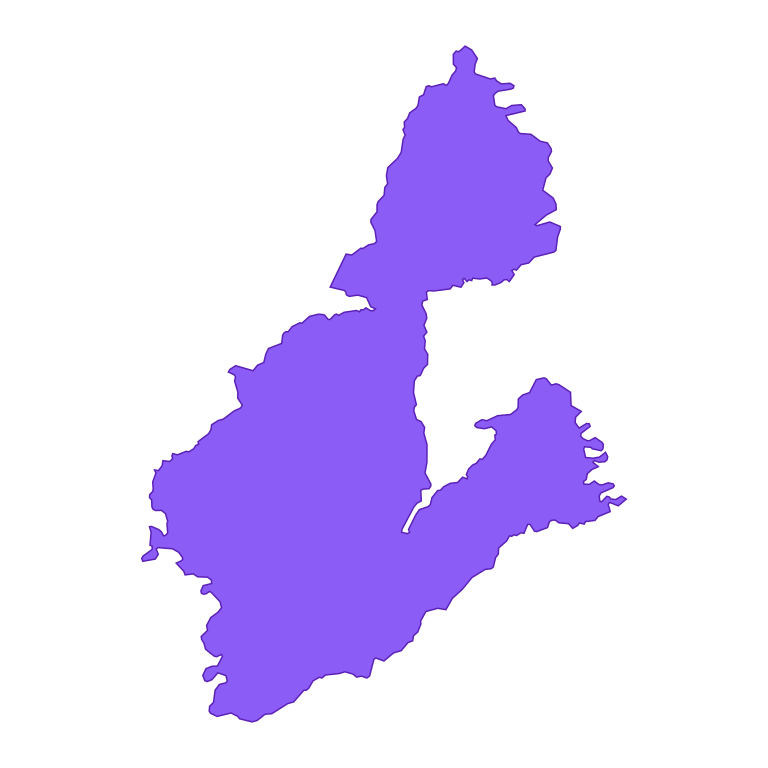 the district of Curvelo, Minas Gerais, Brazil
{"feature_id": "56859067B91333590661662", "entity_name": "Curvelo", "entity_type": "district", "adm_level": 2, "iso_a3": "BRA", "parent_name": "Brazil", "parent_adm1": "Minas Gerais", "projection": "albers", "projection_center": [-44.407, -18.753], "detail": "fine", "context": "isolated", "style": "filled", "palette": "violet", "viewbox_px": 768, "rotation_deg": 0, "n_neighbors": 0, "source": "geoboundaries", "source_scale": "gbopen_adm2", "svg_char_len": 6099}
<svg xmlns="http://www.w3.org/2000/svg" viewBox="0 0 768 768"><path d="M595.0,520.4L598.1,516.6L610.2,511.6L608.2,504.5L609.6,502.4L618.3,505.8L626.3,499.1L621.4,496.1L615.9,499.5L611.1,499.1L609.2,497.0L606.8,496.3L601.6,501.8L599.8,501.1L599.2,496.1L600.8,493.0L613.1,487.6L614.3,485.8L613.1,483.9L608.2,482.8L601.9,485.0L598.9,484.5L594.3,481.0L589.3,484.4L583.9,484.1L583.5,481.5L586.3,479.4L587.3,473.7L592.1,469.4L598.3,466.7L593.1,462.4L594.1,460.5L598.9,462.2L604.9,461.7L607.1,459.7L607.7,456.6L605.5,452.3L599.4,457.1L593.1,458.2L585.6,457.5L583.7,449.1L584.6,446.8L590.8,447.3L592.3,448.8L601.2,450.7L602.9,448.8L603.4,444.5L602.1,442.4L595.1,437.6L589.7,440.6L587.3,440.7L582.7,438.4L580.7,436.1L581.0,433.4L590.2,426.4L589.3,423.8L586.5,423.5L579.1,428.1L575.1,422.5L575.7,417.0L581.3,411.4L571.1,405.6L570.5,392.3L559.0,384.7L556.1,383.8L551.3,385.1L546.1,378.6L543.9,377.9L536.3,379.6L529.6,392.6L522.6,395.0L518.3,399.0L518.1,407.3L516.9,409.6L510.6,414.5L497.6,415.7L486.9,420.7L481.9,419.7L475.7,423.3L474.8,425.7L476.7,427.5L484.3,428.7L491.7,426.9L496.1,430.7L496.5,434.0L494.8,435.2L495.3,439.8L491.4,444.2L485.9,455.2L482.3,459.4L479.9,458.9L476.3,463.3L472.5,465.1L468.6,469.1L466.3,474.6L467.6,476.6L467.1,478.9L462.6,477.2L457.5,482.5L450.2,483.3L443.9,486.6L440.4,490.2L437.6,490.6L432.0,497.6L430.3,504.6L428.1,506.7L419.4,509.6L415.8,514.8L408.5,529.5L409.7,532.3L407.4,533.6L401.6,532.4L402.0,529.3L413.9,506.9L416.9,503.3L421.3,500.9L420.8,490.3L423.0,489.1L429.1,488.7L430.7,486.3L430.9,484.1L425.0,473.0L426.9,462.3L427.0,444.6L423.8,433.0L424.6,427.5L421.1,421.6L416.5,419.5L413.8,410.9L414.3,407.3L416.4,404.7L413.5,392.6L414.3,381.0L417.3,376.2L420.3,375.5L423.6,368.3L427.5,364.4L427.7,354.3L424.5,348.8L425.2,340.8L423.6,336.0L426.9,332.2L423.9,325.3L426.8,318.1L426.1,313.7L421.9,305.1L422.6,301.2L427.3,299.5L426.4,292.1L428.6,290.6L433.6,291.0L450.2,288.9L452.9,285.3L460.9,287.2L463.9,282.7L462.6,279.7L464.1,278.3L467.0,281.6L469.0,279.8L471.7,280.6L472.7,278.2L479.7,279.0L486.9,278.0L491.0,280.8L492.2,282.5L492.0,285.0L495.0,285.0L501.0,282.5L504.2,279.8L507.0,279.6L509.3,281.6L514.2,274.6L511.8,270.4L513.8,269.3L516.5,270.1L521.1,264.7L528.7,263.0L534.2,257.1L553.8,252.1L555.9,250.4L557.6,237.0L560.3,229.2L560.4,226.5L549.8,222.0L536.8,225.7L535.0,224.6L546.1,215.2L556.3,209.6L555.9,203.9L553.2,198.1L542.7,190.2L546.0,177.9L550.0,173.9L552.4,168.0L548.2,161.0L548.2,157.7L551.5,151.4L551.1,148.7L547.4,142.9L540.1,141.2L531.0,134.3L520.2,133.5L518.4,132.1L516.3,127.5L508.1,120.5L505.9,115.6L525.1,111.0L525.0,108.7L521.3,104.7L511.7,105.5L506.0,108.7L496.6,106.8L494.8,105.1L493.4,95.6L495.2,93.3L498.2,91.2L511.0,89.1L513.3,88.1L514.0,85.7L510.1,83.3L501.2,83.9L496.4,80.7L494.8,78.0L490.4,79.0L475.3,73.9L474.2,71.7L475.1,64.4L477.4,58.5L471.6,49.9L465.1,46.1L460.3,50.6L458.4,51.7L456.2,51.0L453.3,54.4L453.4,64.2L456.5,67.7L455.7,70.9L452.1,75.1L448.4,83.3L446.3,85.5L443.5,83.7L431.4,86.8L428.8,85.7L426.2,86.6L423.6,94.7L419.4,96.9L418.0,105.4L416.1,108.2L409.7,112.9L407.5,118.5L404.2,122.1L404.6,127.4L403.0,129.4L405.1,135.2L403.2,139.0L401.2,152.3L397.5,158.4L387.8,167.6L386.4,175.7L387.6,183.7L384.8,187.5L384.1,195.3L378.2,201.5L377.0,204.7L377.0,211.9L371.0,219.4L370.9,222.3L375.0,230.4L376.6,241.4L374.4,243.7L368.7,244.8L362.9,248.5L360.9,248.2L351.8,255.0L346.1,254.1L330.2,287.1L344.1,290.4L345.8,291.8L346.4,294.8L349.2,296.4L357.7,295.1L366.6,297.6L370.7,306.7L375.4,308.9L373.2,310.7L370.5,310.7L365.9,307.8L363.7,309.7L360.7,309.9L359.5,311.8L356.5,310.5L344.1,312.3L338.5,315.4L336.5,314.1L334.6,314.8L330.1,319.4L328.1,319.4L324.6,315.1L322.5,314.5L318.3,314.2L309.5,316.4L301.9,323.3L299.8,322.8L292.1,326.7L288.1,331.8L285.8,331.7L283.8,333.2L282.6,335.4L281.7,343.4L268.5,348.5L265.8,354.2L263.8,362.5L257.5,365.2L253.1,370.7L235.6,365.7L229.8,369.5L228.4,372.1L234.3,374.8L235.5,376.7L234.6,381.1L237.9,392.3L237.7,398.1L242.3,405.2L240.6,408.0L233.9,411.1L223.3,419.1L218.3,420.5L211.7,424.7L210.9,429.8L208.6,433.7L198.1,441.6L198.5,444.4L195.6,445.5L193.9,448.6L188.8,451.9L186.4,451.3L177.4,454.8L172.8,453.6L171.9,455.9L172.6,458.2L171.4,460.1L169.4,461.5L163.0,460.6L162.1,465.8L158.4,470.6L154.6,469.9L155.9,473.1L152.7,482.0L153.2,488.8L152.7,491.5L149.7,494.6L149.5,497.6L151.7,500.0L151.9,506.8L153.1,509.2L155.5,510.5L161.4,510.4L165.5,513.6L167.7,521.5L166.9,523.9L167.7,532.8L165.7,535.3L163.6,535.8L161.3,531.6L158.5,529.5L151.4,526.4L149.5,526.7L151.1,532.3L150.0,545.2L152.2,546.2L152.1,549.4L142.8,556.3L141.7,558.6L142.8,561.3L155.2,559.1L158.3,554.4L156.2,549.0L158.0,547.6L172.6,548.8L178.7,552.3L182.3,557.3L182.8,559.3L181.3,560.8L176.2,563.1L183.8,571.3L185.1,574.9L193.3,573.9L197.6,576.8L207.6,577.2L211.3,580.0L211.7,583.5L203.3,585.6L200.9,590.8L201.4,593.1L203.4,594.2L206.0,593.8L209.7,591.4L211.6,592.7L220.1,601.8L221.5,607.7L218.0,612.2L210.7,617.6L206.6,625.5L207.5,630.4L201.2,636.5L201.6,639.3L204.1,643.5L205.5,649.1L207.8,651.1L214.3,656.2L216.6,656.7L221.5,654.5L222.4,656.4L217.4,666.1L212.2,666.2L206.0,668.6L202.8,675.5L204.8,680.6L207.1,681.6L211.9,679.7L217.9,672.8L225.9,675.6L227.3,680.6L226.0,682.8L219.5,684.4L215.1,690.2L213.5,702.4L209.6,706.3L209.2,711.2L210.6,713.3L217.1,716.4L231.1,713.0L237.6,716.3L239.6,718.8L252.1,721.9L257.3,720.4L265.1,714.2L271.8,713.7L287.7,703.6L293.7,701.9L303.9,690.2L306.1,690.3L308.7,688.3L313.0,680.9L319.2,677.3L322.0,678.0L325.5,675.0L339.4,673.5L344.9,671.8L352.8,674.0L356.7,677.1L361.5,676.1L366.9,678.0L369.6,676.0L373.9,659.3L375.8,658.0L383.9,661.0L393.7,652.8L401.2,650.7L408.0,642.6L412.7,640.8L413.4,635.9L417.8,631.9L420.9,624.0L420.6,621.0L425.9,611.5L437.8,608.3L445.9,609.7L452.3,598.4L462.3,589.3L472.0,577.5L485.2,569.4L491.2,568.7L493.3,567.0L495.6,557.6L498.3,554.1L498.6,548.0L506.6,541.0L509.4,535.9L511.7,536.3L514.0,534.8L516.6,535.5L520.8,532.8L524.0,533.3L527.7,524.3L530.1,524.5L534.5,531.2L536.7,531.6L547.5,527.6L549.5,521.5L552.1,520.2L555.3,520.1L558.8,522.8L568.6,523.7L572.7,528.4L577.7,525.5L579.5,522.9L584.2,524.1L585.5,521.6L595.0,520.4Z" fill="#8b5cf6" stroke="#5b21b6" stroke-width="1.5"/></svg>